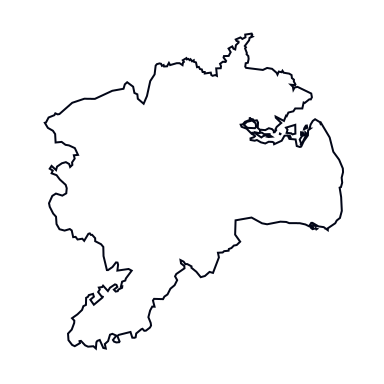 the district of Port Loko, Northern, Sierra Leone, rotated 183°
{"feature_id": "65957751B90762568654783", "entity_name": "Port Loko", "entity_type": "district", "adm_level": 2, "iso_a3": "SLE", "parent_name": "Sierra Leone", "parent_adm1": "Northern", "projection": "albers", "projection_center": [-12.858, 8.766], "detail": "fine", "context": "isolated", "style": "outline", "palette": "ink", "viewbox_px": 384, "rotation_deg": 183, "n_neighbors": 0, "source": "geoboundaries", "source_scale": "gbopen_adm2", "svg_char_len": 5971}
<svg xmlns="http://www.w3.org/2000/svg" viewBox="0 0 384 384"><g transform="rotate(183 192 192)"><path d="M296.0,35.2L296.5,37.2L295.1,37.5L290.7,33.3L287.7,32.1L282.4,32.8L279.8,30.7L279.6,37.0L278.7,38.4L276.4,39.4L272.4,31.6L269.9,31.2L271.1,35.6L268.0,38.7L266.4,45.2L264.1,46.2L260.0,44.6L263.2,40.1L262.0,38.5L259.7,37.8L256.9,38.2L256.5,38.9L259.0,44.3L257.6,45.5L246.1,49.0L244.0,43.4L241.9,43.4L240.7,43.9L240.3,47.8L235.4,52.3L234.3,52.8L232.4,50.9L230.8,51.1L226.9,54.4L225.9,56.5L226.4,59.1L229.0,64.7L227.6,71.5L225.7,75.5L223.4,75.5L225.3,81.6L224.3,83.3L215.3,83.5L214.1,86.1L211.1,88.4L208.5,94.3L204.5,98.0L202.2,103.2L204.5,106.9L203.4,109.3L195.5,115.4L195.8,117.7L199.2,120.1L199.9,123.4L196.7,122.0L194.8,119.6L193.0,119.8L188.6,117.7L188.6,116.3L183.5,112.6L178.8,107.4L174.7,108.8L170.3,113.1L166.8,112.3L161.7,128.1L162.9,132.7L158.2,133.2L156.8,134.6L152.4,135.3L152.2,137.0L149.7,138.1L147.4,140.7L144.6,141.4L141.3,144.9L146.7,151.7L147.0,166.0L131.2,169.6L120.4,164.4L115.3,163.7L102.1,167.0L96.3,167.0L93.3,166.0L82.8,166.5L77.0,165.5L73.3,163.9L71.3,167.4L70.1,167.5L63.9,164.3L58.6,163.8L54.4,161.0L54.4,162.4L55.1,162.4L47.3,168.3L46.0,171.1L42.9,173.8L41.4,181.0L42.8,194.8L44.8,204.1L43.5,204.7L42.5,209.2L43.3,214.1L42.2,219.7L42.6,223.4L46.8,232.0L53.0,239.6L57.4,253.7L66.9,267.9L67.3,267.1L67.9,268.4L72.9,271.1L75.1,269.3L77.1,265.5L77.9,261.6L77.0,261.6L79.3,259.7L79.2,254.6L83.1,248.5L85.3,243.1L86.6,242.6L89.8,243.4L91.3,249.9L97.5,250.1L99.4,253.5L102.6,253.0L105.1,247.9L112.5,244.0L112.9,245.6L114.1,246.2L118.0,246.2L121.4,244.3L125.8,245.2L129.9,247.3L132.1,246.5L136.2,247.0L136.4,248.6L133.2,249.9L132.0,251.0L132.4,251.8L135.3,253.1L140.8,258.1L145.9,259.7L146.9,261.8L144.9,262.2L142.7,264.9L137.0,267.5L138.2,268.4L138.2,269.6L137.6,268.3L134.8,267.7L133.7,266.4L131.0,267.0L129.7,264.9L129.7,259.5L127.4,257.6L127.3,256.4L126.5,257.8L122.1,257.6L118.6,259.7L115.4,259.0L113.5,257.3L113.4,255.9L112.6,256.0L111.2,258.2L111.9,259.0L110.8,261.5L106.5,265.6L112.2,270.6L112.4,271.7L103.9,267.8L102.1,273.1L101.4,272.7L99.9,276.4L95.0,277.9L93.3,280.8L86.2,281.2L85.2,287.2L84.1,286.8L79.7,290.7L78.2,290.7L77.2,292.9L78.1,296.6L92.1,302.5L95.0,301.7L96.1,299.4L96.8,302.5L98.9,304.3L94.6,304.1L94.3,304.8L96.1,307.7L96.1,309.5L98.2,311.0L98.7,314.0L101.2,315.3L106.6,315.9L108.0,317.8L108.7,316.3L111.6,316.8L112.8,313.7L113.7,315.4L118.5,319.2L123.5,319.8L127.6,317.6L144.5,318.8L145.4,320.0L145.1,323.4L143.0,324.0L142.4,327.9L142.9,330.7L144.7,332.4L144.5,333.7L146.5,338.2L145.7,339.3L146.9,340.6L142.9,346.5L142.6,348.9L139.6,350.4L140.7,351.0L140.1,352.3L140.7,353.3L147.1,352.0L146.7,349.3L149.7,347.5L151.7,348.9L156.3,346.6L155.4,345.2L153.4,344.6L153.3,343.6L155.8,341.0L156.3,336.6L158.1,337.2L159.4,339.5L163.0,337.2L160.7,333.7L162.5,329.8L167.2,329.4L167.5,327.9L164.8,324.7L165.3,323.6L168.0,323.7L170.7,321.5L169.6,319.1L169.8,317.1L174.3,316.7L173.2,309.3L174.9,310.0L177.5,309.1L178.8,309.8L179.5,312.2L185.5,311.0L185.6,312.5L187.7,312.4L188.6,314.9L190.5,315.2L191.7,317.3L193.5,316.9L194.8,321.6L197.1,322.2L197.2,323.6L198.9,322.6L200.4,324.5L201.3,323.6L202.6,324.7L204.1,324.2L204.6,325.4L208.1,323.1L206.9,321.5L207.8,320.6L208.1,318.2L211.2,320.0L214.1,319.8L220.5,317.6L221.8,319.7L223.5,316.2L226.5,315.9L227.0,317.3L228.6,316.4L229.6,318.4L231.2,318.7L233.8,317.8L234.9,316.3L235.5,307.5L239.5,300.6L242.0,285.5L244.9,277.6L251.0,282.3L251.7,286.7L254.7,287.9L256.3,294.1L262.5,298.2L264.7,296.0L265.8,291.5L276.9,288.9L293.9,279.9L304.4,279.5L316.3,274.8L328.5,262.9L330.2,262.5L332.6,263.4L333.5,261.5L339.1,258.9L341.4,253.9L342.6,253.4L339.3,248.5L334.1,245.9L331.7,242.7L330.8,234.3L324.8,235.2L320.8,232.5L317.3,232.1L311.3,229.7L307.8,223.1L311.9,222.5L310.9,219.2L313.3,215.3L312.9,212.8L315.0,210.6L316.1,213.5L319.5,215.2L323.4,213.9L328.1,210.3L328.9,206.8L333.6,210.7L335.3,207.8L332.2,206.1L333.2,203.3L328.1,201.7L324.7,197.6L318.5,192.5L317.3,189.2L317.5,184.1L321.3,181.6L327.8,183.3L331.3,180.8L334.2,173.3L333.3,169.8L329.5,163.2L326.5,160.2L325.6,152.9L322.4,147.9L317.2,146.8L312.1,148.6L310.1,147.3L308.3,140.7L305.9,141.1L303.8,138.6L299.1,139.6L297.1,137.6L293.3,144.8L291.9,145.3L290.8,143.9L289.5,144.0L286.3,140.8L286.1,137.8L280.1,135.1L277.7,132.5L277.0,123.4L272.9,109.6L271.8,109.6L267.5,112.9L264.2,117.7L262.7,117.6L262.0,115.5L262.4,109.6L251.3,111.8L248.1,110.3L253.5,102.2L254.0,100.1L257.1,98.8L258.0,94.0L256.7,94.2L256.8,92.7L260.3,90.8L261.0,89.1L263.0,88.6L264.9,90.4L261.6,93.3L262.6,95.3L264.1,95.7L268.9,92.1L270.8,88.7L275.9,93.8L276.7,92.4L280.0,91.7L279.0,89.8L280.5,87.2L276.9,83.1L275.6,82.7L275.8,82.0L284.1,74.3L287.9,79.1L284.5,82.3L285.5,85.1L289.7,83.6L290.3,82.0L292.2,80.8L292.0,73.7L294.5,72.3L295.6,68.5L300.0,63.8L305.2,59.7L302.8,57.4L302.8,55.0L304.9,48.3L308.4,44.1L307.6,37.6L303.7,33.0L301.0,31.9L296.0,35.2ZM139.9,259.0L132.5,259.0L131.4,260.4L132.0,263.9L135.6,266.5L140.9,264.9L143.7,261.8L139.9,259.0ZM96.0,255.8L94.7,254.8L91.8,255.7L92.4,264.5L101.5,261.2L99.9,259.2L100.6,256.0L96.0,255.8ZM130.8,253.3L125.6,250.1L123.6,251.7L116.6,253.9L122.9,253.5L125.5,255.0L128.1,254.3L131.9,254.9L130.8,253.3ZM87.2,250.0L85.8,246.6L84.4,246.9L80.5,255.9L85.1,253.6L87.2,250.0ZM86.2,257.4L86.1,254.9L83.9,255.5L84.4,257.3L86.2,257.4ZM81.8,264.2L83.2,261.6L83.4,260.6L80.3,262.1L80.8,264.4L81.8,264.2ZM119.5,251.1L118.3,250.9L115.1,251.4L117.5,252.8L119.5,251.1ZM69.6,161.2L68.1,161.7L71.7,163.2L71.1,162.2L69.6,161.2ZM98.4,253.2L97.3,251.2L96.4,251.8L97.3,253.4L98.4,253.2ZM72.4,164.2L71.7,163.6L69.2,162.7L70.6,164.3L72.4,164.2ZM135.7,254.5L134.1,253.2L133.2,254.0L135.7,254.5ZM80.9,256.5L82.0,257.5L82.0,256.0L80.9,256.5ZM65.9,161.2L65.1,161.8L66.4,162.3L66.4,162.0L65.9,161.2ZM106.7,254.6L107.2,254.9L107.5,253.7L106.7,254.6ZM72.0,165.4L72.2,164.7L70.9,164.7L72.0,165.4ZM85.0,245.8L85.8,245.2L85.5,244.7L85.0,245.8ZM68.2,165.2L67.5,164.6L67.0,164.6L67.4,165.1L68.2,165.2Z" fill="none" stroke="#020617" stroke-width="2"/></g></svg>